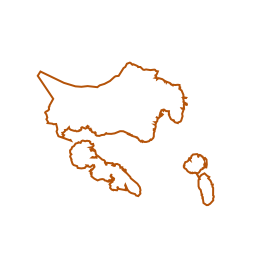 outline of U, Pohnpei, Federated States of Micronesia, rotated 104°
{"feature_id": "79324940B31691034545854", "entity_name": "U", "entity_type": "district", "adm_level": 2, "iso_a3": "FSM", "parent_name": "Federated States of Micronesia", "parent_adm1": "Pohnpei", "projection": "natural_earth1", "projection_center": [158.28, 6.951], "detail": "fine", "context": "isolated", "style": "outline", "palette": "amber", "viewbox_px": 256, "rotation_deg": 104, "n_neighbors": 0, "source": "geoboundaries", "source_scale": "gbopen_adm2", "svg_char_len": 5927}
<svg xmlns="http://www.w3.org/2000/svg" viewBox="0 0 256 256"><g transform="rotate(104 128 128)"><path d="M152.8,193.5L154.1,180.3L153.5,180.9L153.9,181.5L153.7,184.9L152.8,190.0L151.6,188.7L150.4,188.3L150.0,190.0L149.0,189.9L148.5,190.4L148.2,189.6L146.8,188.7L145.9,188.2L145.2,188.6L144.5,186.9L141.6,185.4L142.9,184.7L143.6,183.0L143.8,179.4L143.3,178.4L143.7,177.3L143.0,175.2L142.4,174.4L141.8,174.5L141.6,173.4L140.8,173.0L139.0,173.4L138.3,172.7L138.9,169.1L137.4,167.8L136.7,168.4L136.4,168.1L136.8,167.3L135.9,167.4L136.1,166.7L137.6,166.8L138.1,165.3L137.8,164.4L139.3,164.2L139.4,163.7L137.6,163.6L138.9,163.3L140.6,161.9L140.7,160.3L140.2,159.0L140.9,158.8L140.7,158.2L142.5,157.7L143.0,156.5L142.6,153.9L141.2,151.9L140.3,149.3L138.6,148.1L137.8,148.5L138.7,147.3L137.8,142.9L136.4,139.6L133.0,134.9L132.3,131.8L133.3,126.4L133.9,126.6L134.2,125.0L133.6,124.7L134.1,124.2L134.0,122.9L134.5,123.0L134.7,122.2L134.9,117.2L135.3,117.2L135.6,115.7L136.9,114.5L138.1,112.1L137.0,111.4L137.9,110.4L137.2,109.9L137.6,108.8L137.1,106.9L135.7,104.4L134.0,103.5L134.3,103.2L134.0,102.5L131.6,101.1L130.1,100.9L126.7,101.7L124.6,101.4L124.1,102.4L122.9,102.7L122.7,101.5L120.0,101.4L118.7,101.9L118.4,102.7L118.3,102.1L116.2,102.0L115.8,103.0L115.5,101.9L114.2,101.3L112.7,101.5L111.3,101.0L110.5,103.6L111.1,100.8L109.5,99.7L108.8,100.3L107.4,100.3L108.1,98.4L106.5,97.5L105.3,100.3L102.6,99.8L102.3,99.0L102.7,98.0L101.6,98.1L101.4,97.5L102.4,95.1L101.8,92.3L103.8,92.0L104.7,91.3L105.2,91.6L108.2,89.2L109.0,88.5L109.8,86.2L108.9,84.9L110.0,85.6L111.1,83.7L111.2,80.8L110.5,80.7L109.0,78.6L108.0,78.2L103.3,77.9L101.2,78.9L96.6,78.5L95.9,78.7L96.2,80.1L96.1,80.5L95.9,80.7L95.6,78.3L91.5,79.6L90.1,79.4L90.9,77.9L90.6,77.2L91.4,77.2L91.4,76.6L90.9,76.5L90.3,77.0L89.2,80.6L88.2,80.5L86.0,81.6L85.3,81.2L84.9,78.9L84.6,78.8L84.8,81.5L84.5,81.2L84.1,81.9L82.5,82.2L78.6,85.1L78.1,86.5L77.4,86.8L77.7,88.4L76.8,87.0L75.9,87.2L75.8,87.8L73.8,88.4L74.0,90.1L74.9,92.6L75.1,94.7L75.8,94.8L75.2,97.1L74.7,97.2L74.2,98.3L73.8,101.5L74.4,101.7L73.8,102.0L73.4,103.6L74.0,103.7L72.9,104.9L72.3,106.6L72.2,110.3L73.6,111.5L72.6,111.6L72.7,113.4L72.0,112.6L70.8,113.3L70.5,114.9L70.2,113.8L68.8,113.1L65.8,112.7L65.9,114.7L65.0,115.8L65.0,116.6L66.4,120.3L66.8,124.6L67.7,126.4L67.7,127.5L65.8,130.7L66.4,132.9L65.9,133.1L65.4,134.7L64.9,138.0L64.9,138.5L65.5,138.8L65.3,139.8L64.5,140.6L64.1,142.0L65.9,144.6L69.4,145.4L70.9,146.8L79.7,149.7L80.7,152.4L81.6,153.4L86.8,156.9L90.9,161.5L93.5,165.8L95.8,167.6L97.1,177.3L99.3,183.2L100.3,189.1L99.7,201.1L94.4,226.6L99.2,228.2L117.8,207.6L125.1,209.6L126.2,209.4L126.8,209.9L129.1,209.1L130.5,209.9L132.3,211.9L133.2,212.1L134.6,210.4L137.5,208.8L139.2,209.3L141.5,207.0L142.7,207.2L142.1,202.5L142.4,201.3L141.5,198.7L145.2,196.7L146.7,196.2L148.5,196.5L149.9,195.7L152.8,193.5ZM191.6,101.6L188.7,100.1L186.8,100.9L185.4,100.8L182.6,102.2L179.8,105.4L176.1,113.2L175.0,113.9L171.9,118.7L171.6,119.8L171.1,120.3L170.6,119.7L169.2,120.1L169.0,120.8L169.6,121.8L170.4,121.9L169.8,123.0L168.9,123.0L168.9,123.7L167.5,124.0L167.7,125.3L168.3,125.8L166.0,127.1L165.5,129.9L166.3,131.7L167.7,131.5L168.1,132.1L167.3,132.7L167.8,133.2L168.1,132.7L167.9,134.2L166.4,133.6L165.8,134.5L166.3,135.8L166.8,139.7L168.3,140.2L169.5,139.7L168.3,140.9L168.3,140.6L167.2,140.8L166.5,142.1L165.8,142.3L165.0,143.5L164.9,145.4L162.5,150.1L163.9,152.1L164.4,151.8L164.4,152.4L165.3,152.4L164.7,152.6L165.4,155.9L164.7,155.4L164.7,153.0L162.7,151.6L161.8,151.8L161.2,152.8L158.5,154.1L158.2,157.2L159.0,158.2L158.3,158.8L158.0,155.7L157.5,155.2L156.4,157.7L156.1,160.0L155.2,158.0L153.5,157.1L151.9,158.0L152.6,159.4L152.1,160.5L151.1,161.4L150.6,161.3L150.1,162.2L150.3,164.7L151.2,166.4L151.1,168.8L151.9,169.9L153.9,170.4L153.8,173.4L154.3,172.5L155.8,175.1L158.5,176.0L160.1,177.6L161.9,177.7L163.7,178.8L166.1,178.1L167.2,176.6L167.9,177.1L169.8,177.2L172.1,175.2L172.6,175.4L176.1,173.2L177.1,171.8L177.3,168.1L178.9,167.2L178.5,163.5L177.2,160.2L176.0,159.8L174.9,158.5L174.3,159.1L174.1,157.8L174.9,157.4L175.0,155.7L174.7,154.9L172.4,153.1L172.9,152.3L172.5,151.8L173.8,151.1L176.9,152.5L176.7,153.0L177.3,153.7L178.1,153.2L178.1,152.6L178.1,153.8L179.1,154.6L179.6,153.4L181.2,153.2L181.9,152.6L181.3,152.2L183.7,151.8L185.3,148.4L186.2,144.8L184.7,142.7L183.8,140.6L183.7,139.1L184.5,137.8L184.4,135.9L184.8,135.3L184.8,133.9L184.1,133.1L183.5,133.3L183.6,133.9L183.1,133.6L183.4,132.3L181.8,131.4L182.2,130.7L180.9,129.9L180.0,130.6L179.7,132.3L179.1,133.2L178.3,133.3L176.6,132.6L179.0,133.0L180.4,129.3L181.9,129.2L183.5,130.6L184.0,130.1L186.0,131.9L187.2,132.3L188.3,130.9L190.4,130.9L191.7,129.0L191.9,127.3L191.5,127.2L191.1,123.6L189.6,123.1L187.5,124.3L188.1,123.4L189.4,122.9L189.0,122.5L189.3,121.9L188.9,115.7L186.3,115.4L184.4,116.9L183.7,116.8L187.4,114.0L188.6,114.0L188.3,113.1L189.6,111.3L190.3,109.2L190.4,105.2L191.5,103.9L191.6,101.6ZM151.5,64.6L152.4,64.4L153.4,63.3L153.8,61.7L155.5,59.7L156.4,57.2L156.1,56.8L156.6,55.9L155.8,54.9L156.2,54.4L155.5,53.1L155.2,50.9L160.2,46.0L160.8,46.9L161.9,46.9L167.6,45.4L169.4,44.2L170.5,42.5L174.3,40.6L174.5,40.1L175.3,40.4L177.0,38.7L177.7,38.5L178.5,39.6L178.1,38.4L182.5,36.6L183.8,33.1L183.4,31.7L181.5,29.9L177.6,27.8L175.7,28.4L174.4,28.1L173.4,28.3L172.9,29.1L165.5,30.9L164.6,31.9L162.6,32.0L162.9,32.6L162.6,33.2L161.1,33.7L159.0,35.4L157.4,38.0L155.9,37.3L155.3,39.5L153.5,42.8L155.9,45.5L159.1,46.9L155.1,50.7L155.1,49.5L153.7,48.2L150.8,47.3L149.8,45.8L149.0,45.2L148.7,45.5L148.2,44.7L146.6,44.4L145.1,45.2L143.8,45.0L145.0,44.2L146.8,44.1L147.4,43.4L147.3,42.5L144.4,42.7L139.7,44.2L138.4,46.1L138.8,46.7L140.2,46.5L137.6,48.9L137.8,49.6L136.8,51.0L136.9,52.5L138.5,52.6L139.6,53.1L137.0,52.9L137.2,53.8L136.6,54.6L138.0,58.5L140.1,59.7L141.9,59.6L142.4,61.0L144.1,59.9L143.4,61.4L145.3,61.7L146.4,62.6L147.2,64.1L149.8,64.6L150.7,64.1L151.5,64.2L151.5,64.6Z" fill="none" stroke="#b45309" stroke-width="2"/></g></svg>